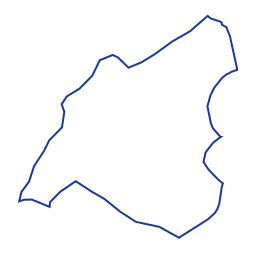 Pyongsong City, P'yŏngan-namdo, North Korea (Robinson projection), rotated 269°
{"feature_id": "82179303B57975227411207", "entity_name": "Pyongsong City", "entity_type": "district", "adm_level": 2, "iso_a3": "PRK", "parent_name": "North Korea", "parent_adm1": "P'yŏngan-namdo", "projection": "robinson", "projection_center": [125.901, 39.318], "detail": "fine", "context": "isolated", "style": "outline", "palette": "blue", "viewbox_px": 256, "rotation_deg": 269, "n_neighbors": 0, "source": "geoboundaries", "source_scale": "gbopen_adm2", "svg_char_len": 924}
<svg xmlns="http://www.w3.org/2000/svg" viewBox="0 0 256 256"><g transform="rotate(269 128 128)"><path d="M238.7,209.6L223.8,191.9L213.7,173.7L201.0,155.5L193.4,142.5L188.3,129.5L198.7,119.2L201.3,114.0L197.0,102.9L196.3,101.0L180.9,93.2L168.2,80.2L160.6,67.3L152.9,62.1L145.2,64.6L129.8,62.0L117.0,49.0L106.8,43.8L91.5,33.4L76.1,28.1L65.9,20.3L56.6,18.0L58.1,22.9L58.1,30.7L50.5,48.2L55.3,48.8L65.5,59.2L75.7,74.8L65.2,90.3L57.4,103.3L44.4,118.8L34.0,134.3L28.6,157.7L17.3,177.2L18.3,178.4L35.2,206.2L41.5,213.4L45.7,216.1L51.0,218.0L66.8,220.6L71.0,221.9L74.5,217.6L78.1,214.2L85.4,207.5L92.7,202.9L102.4,205.2L112.1,213.1L117.4,220.5L117.4,220.4L126.2,212.9L131.0,211.0L148.4,207.8L159.1,211.0L166.8,215.0L176.7,223.1L179.7,227.3L182.6,233.0L184.1,238.0L185.7,238.0L186.3,237.9L217.7,231.6L227.1,228.1L229.6,223.7L231.7,223.6L232.8,222.0L236.1,212.6L238.7,209.6Z" fill="none" stroke="#1e3a8a" stroke-width="2"/></g></svg>